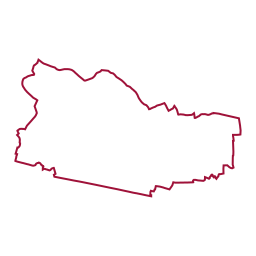 Rosiori, Bihor, Romania
{"feature_id": "2599482B96012513693118", "entity_name": "Rosiori", "entity_type": "district", "adm_level": 2, "iso_a3": "ROU", "parent_name": "Romania", "parent_adm1": "Bihor", "projection": "orthographic", "projection_center": [21.943, 47.265], "detail": "fine", "context": "isolated", "style": "outline", "palette": "rose", "viewbox_px": 256, "rotation_deg": 0, "n_neighbors": 0, "source": "geoboundaries", "source_scale": "gbopen_adm2", "svg_char_len": 5206}
<svg xmlns="http://www.w3.org/2000/svg" viewBox="0 0 256 256"><path d="M148.2,195.7L149.7,196.0L151.2,196.3L151.2,195.9L151.1,195.7L151.2,195.1L150.7,194.9L150.2,194.9L150.3,194.3L150.4,192.9L150.4,192.2L150.5,191.7L150.8,191.1L150.9,190.8L152.9,191.3L153.8,191.4L154.5,189.8L154.6,189.5L155.1,189.4L155.8,186.1L156.3,186.1L159.9,186.6L163.6,187.6L164.3,187.9L169.5,189.4L172.3,185.4L173.3,182.3L175.4,182.7L188.2,182.5L193.2,182.3L193.3,182.2L193.0,181.2L193.1,180.5L193.8,179.9L195.0,179.9L195.7,179.9L198.0,180.4L200.6,180.6L202.8,180.8L203.6,180.8L204.5,180.1L204.9,179.8L205.0,177.1L205.8,177.4L207.5,178.1L208.9,178.6L209.0,178.7L209.4,178.3L209.7,178.1L209.7,177.9L209.7,177.3L210.1,176.8L210.8,175.9L211.1,175.5L211.3,175.0L211.6,174.7L212.1,174.6L212.4,174.8L212.6,175.1L212.6,175.4L212.5,176.0L213.0,176.2L213.3,176.8L213.5,177.0L213.6,176.7L213.9,176.3L214.7,176.2L215.1,176.4L215.3,176.8L215.4,177.2L215.4,177.8L215.7,178.2L216.4,178.8L216.6,178.3L217.2,177.7L217.5,177.2L218.0,176.7L218.3,176.4L218.4,175.8L218.6,175.0L218.9,174.3L219.3,174.1L220.0,174.2L221.2,174.0L223.5,173.5L223.4,169.0L223.6,165.4L227.3,165.3L229.3,167.1L230.6,167.9L232.1,168.3L233.5,167.6L232.7,164.5L232.8,157.6L232.9,155.7L233.2,155.6L233.3,155.2L233.4,151.6L233.0,140.8L233.7,140.7L233.3,137.5L233.0,135.9L233.0,134.9L234.7,134.9L235.5,134.9L236.4,134.9L238.0,134.8L239.2,134.7L240.4,134.5L240.6,130.4L240.2,127.0L240.1,125.8L238.9,118.3L237.1,117.9L221.7,114.4L219.0,113.7L213.6,113.0L213.6,113.3L211.7,113.5L210.7,114.1L209.7,114.5L209.2,114.7L208.0,114.9L206.9,114.6L206.1,114.4L205.4,114.2L204.6,114.1L203.9,114.2L202.5,114.1L202.2,114.1L201.5,114.3L200.8,114.5L200.5,114.7L200.3,114.9L200.2,115.1L198.7,116.3L198.3,116.4L197.6,116.7L197.2,117.0L195.9,117.7L195.0,118.0L194.7,117.9L194.2,114.0L194.0,113.2L193.2,113.9L192.6,114.3L192.1,114.7L191.8,114.8L191.1,114.9L189.9,115.0L188.7,115.1L188.4,115.1L188.2,115.1L187.2,115.2L186.5,115.1L185.9,115.1L185.6,115.1L184.6,114.8L183.9,114.7L183.3,114.5L183.0,114.5L182.8,114.5L182.5,114.5L182.0,114.4L181.1,114.4L180.5,114.3L179.9,114.4L178.3,114.6L178.2,114.5L178.2,114.3L177.0,110.1L176.6,109.2L176.1,108.4L175.5,107.5L175.2,107.2L174.8,106.6L174.5,105.9L174.4,105.8L172.9,108.5L171.4,109.2L170.0,110.1L169.4,110.3L169.1,110.5L168.6,110.8L167.3,108.4L166.6,107.0L166.3,106.2L165.1,104.1L164.4,103.1L162.1,104.0L161.8,104.1L160.3,104.7L159.4,104.9L157.6,105.4L157.1,105.5L155.1,106.8L153.1,107.5L150.5,108.7L150.1,109.0L149.6,109.1L149.0,109.2L148.3,107.5L148.1,107.2L146.4,105.2L144.1,104.3L142.0,102.5L141.0,101.3L139.4,99.0L138.6,97.7L138.5,97.4L137.3,94.6L136.7,93.7L136.3,93.0L135.7,92.1L134.4,90.9L134.2,90.8L133.6,90.1L132.8,89.5L132.4,89.2L131.4,88.3L130.6,87.5L129.8,86.8L128.6,86.3L126.7,85.6L125.5,84.0L123.5,82.0L121.6,80.3L118.9,78.5L116.5,77.0L114.7,74.8L113.1,73.4L110.7,72.8L108.2,70.8L104.9,70.4L101.6,70.1L101.3,70.5L100.8,71.0L100.4,71.5L99.9,71.7L98.6,72.3L97.1,72.8L96.6,73.2L95.9,74.0L94.5,76.2L93.1,77.5L92.3,78.1L89.9,79.0L86.5,80.2L85.3,80.6L84.7,80.6L84.3,80.5L83.9,80.2L83.0,79.4L80.9,77.7L78.7,75.9L76.9,74.2L75.4,72.9L74.4,71.9L73.5,71.1L72.6,70.5L72.0,70.1L71.0,69.7L68.9,69.2L66.1,69.1L64.9,69.1L64.6,69.1L64.1,69.2L62.7,69.5L61.0,69.9L59.7,70.1L58.9,70.0L58.1,69.8L57.0,69.3L56.7,69.2L55.5,68.1L55.1,67.7L54.8,67.5L54.5,67.4L53.1,67.0L50.6,66.2L49.2,65.6L46.1,64.4L43.8,63.6L42.8,63.0L42.1,62.5L39.3,60.3L38.5,59.7L38.2,60.6L37.8,61.6L37.5,62.3L37.3,62.6L37.4,62.8L37.1,63.1L35.1,64.8L34.8,64.9L34.5,65.2L33.9,65.5L33.8,65.8L33.7,66.1L33.5,66.6L33.3,67.5L33.2,67.9L32.4,70.4L32.3,70.7L34.2,74.0L33.8,74.9L31.4,75.1L30.0,75.6L28.6,76.0L27.6,76.4L25.9,77.5L24.6,78.0L23.9,78.5L23.2,79.2L22.7,80.7L22.4,81.9L22.3,83.3L22.3,84.1L22.6,85.4L23.1,86.6L24.1,88.1L25.1,89.7L27.1,92.0L29.1,93.9L31.2,95.8L33.2,97.7L36.1,99.4L37.3,100.3L34.8,105.8L34.6,106.2L36.6,112.0L36.8,113.1L35.9,115.2L35.0,116.6L33.3,118.5L31.4,120.7L30.6,121.6L27.0,125.6L26.4,126.7L25.1,129.3L23.7,128.9L22.9,129.0L22.2,128.8L21.6,128.8L20.9,128.9L20.7,128.9L20.2,128.9L19.7,129.0L18.4,129.9L17.4,130.7L17.5,131.1L18.7,133.5L17.1,135.0L18.7,136.8L19.4,137.8L19.8,139.2L19.8,141.1L19.6,142.4L19.8,142.9L20.1,143.2L20.0,144.8L19.5,146.2L19.1,146.7L18.2,147.6L17.4,147.5L15.9,152.8L15.6,153.7L17.1,154.1L16.7,155.5L16.5,155.8L16.3,156.5L16.3,157.1L15.4,160.5L15.4,161.0L17.6,161.7L18.8,162.0L20.0,162.3L21.2,162.6L21.5,162.7L23.3,163.1L27.0,164.1L27.4,164.2L28.4,164.4L28.7,164.5L32.4,165.6L32.7,165.6L33.3,165.7L34.6,165.4L35.4,165.1L35.9,164.1L36.2,163.7L37.1,163.2L37.5,163.0L38.2,163.0L38.5,162.8L38.7,162.6L39.2,162.7L39.8,163.0L40.4,163.5L40.8,164.1L41.0,164.6L41.7,164.9L42.2,165.7L43.2,166.0L43.4,166.5L43.3,166.9L42.9,167.5L42.8,167.8L42.8,168.2L42.8,168.8L42.8,169.6L43.3,169.3L43.8,169.0L44.3,168.9L45.2,169.0L46.2,169.4L46.9,169.5L47.7,169.8L48.4,170.0L49.2,170.3L49.6,170.4L50.2,170.1L50.7,169.7L51.2,169.1L51.7,168.6L52.4,168.3L53.6,167.9L53.8,167.9L55.5,173.8L53.9,174.8L54.4,176.7L59.8,177.8L68.7,179.5L73.7,180.5L79.3,181.5L83.4,182.3L90.3,183.7L94.8,184.6L97.7,185.2L110.7,187.9L117.7,189.3L125.5,191.0L128.8,191.7L133.2,192.7L136.0,193.2L136.8,193.3L137.6,193.5L141.1,194.2L146.2,195.3L148.2,195.7Z" fill="none" stroke="#9f1239" stroke-width="2"/></svg>